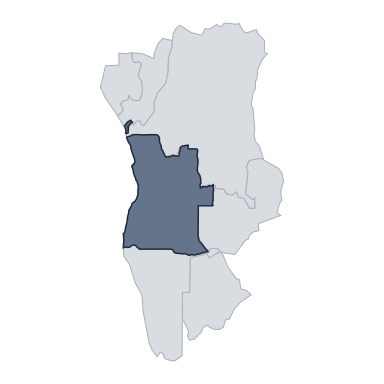 Angola highlighted, Equal Earth projection
{"feature_id": "AGO", "entity_name": "Angola", "entity_type": "country or territory", "adm_level": 0, "iso_a3": "AGO", "parent_name": "Africa", "parent_adm1": "", "projection": "equal_earth", "projection_center": [17.424, -11.224], "detail": "fine", "context": "with_neighbors", "style": "filled", "palette": "slate", "viewbox_px": 384, "rotation_deg": 0, "n_neighbors": 6, "source": "natural_earth", "source_scale": "50m", "svg_char_len": 7581}
<svg xmlns="http://www.w3.org/2000/svg" viewBox="0 0 384 384"><path d="M253.1,108.9L254.8,130.2L254.0,135.4L255.4,141.2L259.7,146.8L263.6,159.4L260.6,158.4L248.7,161.3L246.5,167.7L248.1,172.1L245.6,193.9L252.6,199.5L254.7,197.7L255.1,208.4L249.5,208.3L243.9,198.6L238.3,197.2L236.7,192.0L232.1,195.2L226.2,193.8L223.8,189.3L215.7,188.6L215.3,185.5L209.4,184.6L199.7,186.8L200.2,175.0L197.7,171.3L197.2,165.1L198.3,159.1L196.8,155.2L196.7,149.0L187.7,149.0L188.4,145.4L184.6,145.5L184.2,147.2L179.6,147.6L176.6,155.9L172.5,154.5L165.1,156.7L160.6,148.3L156.6,134.8L134.6,134.7L126.8,137.0L125.8,133.9L127.7,132.9L129.1,125.9L131.8,123.8L133.7,124.8L136.3,121.0L140.3,121.1L140.8,123.9L143.6,125.7L154.2,111.3L153.9,103.1L157.2,93.3L165.5,83.3L166.4,80.1L167.8,72.9L168.3,58.3L172.0,46.7L173.1,33.6L176.0,28.5L180.0,25.3L190.8,32.4L201.9,35.3L205.1,28.5L208.5,29.5L216.8,24.5L219.7,26.6L222.1,26.3L223.2,23.9L226.0,23.0L236.4,24.3L238.8,23.3L243.4,31.5L246.7,32.8L256.3,29.6L258.1,33.9L264.7,40.6L264.3,52.3L267.3,53.7L262.0,59.9L257.6,69.8L257.2,77.9L255.5,81.7L255.4,89.3L253.2,92.1L251.2,104.3L253.1,108.9Z" fill="#d9dde1" stroke="#a8b0b8" stroke-width="1"/><path d="M251.1,294.8L240.8,301.9L234.2,309.1L229.4,319.1L225.5,319.9L223.3,327.4L218.7,329.6L213.0,329.1L206.6,325.3L203.1,327.5L201.3,332.1L194.3,339.1L189.3,340.1L187.7,336.8L188.4,331.0L184.3,322.0L182.4,320.5L182.5,292.5L189.6,292.2L190.1,257.5L206.8,253.8L209.5,257.8L214.2,254.0L221.9,252.5L228.2,267.7L236.2,278.4L239.2,279.4L241.1,289.0L246.7,290.5L251.1,294.8Z" fill="#d9dde1" stroke="#a8b0b8" stroke-width="1"/><path d="M182.5,292.5L182.1,355.5L175.8,360.3L172.0,361.0L164.5,358.5L163.3,354.5L160.5,351.9L157.2,356.6L151.9,349.5L149.1,342.6L143.2,311.8L142.0,295.0L135.3,283.1L129.8,265.3L123.8,255.8L123.2,248.2L131.1,244.7L135.8,245.0L140.2,249.4L170.9,248.3L175.9,253.0L193.5,254.4L213.0,248.2L217.7,248.7L220.5,251.0L209.5,257.8L206.8,253.8L190.1,257.5L189.6,292.2L182.5,292.5Z" fill="#d9dde1" stroke="#a8b0b8" stroke-width="1"/><path d="M172.4,40.6L172.0,46.7L168.3,58.3L167.8,72.9L166.4,80.1L165.5,83.3L157.2,93.3L153.9,103.1L154.2,111.3L143.6,125.7L140.8,123.9L140.3,121.1L136.3,121.0L133.7,124.8L129.0,120.4L123.7,126.4L117.6,115.8L123.3,110.2L120.4,103.6L123.0,101.1L128.0,99.8L128.6,95.4L132.6,100.2L139.2,100.6L141.5,95.9L142.4,89.2L141.6,81.4L138.1,75.4L141.3,63.8L139.4,61.8L133.9,62.6L131.8,57.4L132.3,53.0L141.7,53.4L153.7,58.5L154.2,53.0L158.1,43.7L162.6,38.4L172.4,40.6Z" fill="#d9dde1" stroke="#a8b0b8" stroke-width="1"/><path d="M118.9,53.1L127.0,53.8L131.4,52.5L132.3,53.0L131.8,57.4L133.9,62.6L139.4,61.8L141.3,63.8L138.1,75.4L141.6,81.4L142.4,89.2L141.5,95.9L139.2,100.6L132.6,100.2L128.6,95.4L128.0,99.8L123.0,101.1L120.4,103.6L123.3,110.2L117.6,115.8L105.0,97.3L100.4,87.0L105.6,65.7L119.0,65.2L118.9,53.1Z" fill="#d9dde1" stroke="#a8b0b8" stroke-width="1"/><path d="M260.6,158.4L278.4,168.3L281.8,172.8L283.6,181.2L280.6,192.0L281.9,200.2L279.5,203.7L277.0,212.9L280.8,215.4L258.4,223.6L258.9,230.6L253.3,232.0L249.1,235.9L248.1,239.3L245.5,240.1L234.8,254.5L221.9,252.5L217.7,248.7L213.0,248.2L207.0,250.4L197.4,236.2L198.0,204.8L213.3,204.9L212.7,201.5L213.9,197.8L212.6,193.1L213.5,188.3L212.7,185.2L215.3,185.5L215.7,188.6L223.8,189.3L226.2,193.8L232.1,195.2L236.7,192.0L238.3,197.2L243.9,198.6L249.5,208.3L255.1,208.4L254.7,197.7L252.6,199.5L245.6,193.9L248.1,172.1L246.5,167.7L248.7,161.3L250.7,160.1L260.6,158.4Z" fill="#d9dde1" stroke="#a8b0b8" stroke-width="1"/><path d="M213.1,184.7L213.3,186.0L213.4,187.8L213.5,189.1L213.6,189.7L213.7,190.0L213.5,190.3L213.4,191.1L213.2,191.8L213.1,192.3L213.2,193.2L213.1,194.4L213.0,195.8L213.0,197.1L213.2,199.4L213.2,200.1L212.8,201.3L212.6,202.2L212.4,203.3L212.3,203.8L213.0,205.4L212.9,205.7L212.4,205.8L212.0,205.8L210.5,205.8L208.3,205.8L206.1,205.8L203.9,205.8L201.9,205.8L200.0,205.8L198.3,205.8L198.3,207.4L198.3,210.6L198.3,213.7L198.2,216.9L198.2,220.1L198.2,223.2L198.2,226.4L198.1,229.6L198.1,232.7L198.1,235.0L198.5,238.0L199.3,241.3L199.6,241.6L200.4,242.2L201.5,243.5L202.2,244.4L203.4,246.0L205.1,248.1L206.7,249.9L208.2,251.6L205.9,252.1L202.6,252.9L200.5,253.5L197.8,254.2L196.0,254.6L193.8,255.1L193.5,255.1L192.9,254.7L191.6,254.6L190.1,255.1L188.9,255.3L188.1,255.0L187.2,254.6L186.4,254.0L184.9,253.7L182.9,253.9L180.9,253.8L179.0,253.4L177.6,253.2L176.8,253.3L175.9,253.2L175.0,252.8L174.2,252.2L173.2,250.9L172.5,249.6L172.3,249.4L172.1,249.3L171.8,249.2L169.7,249.2L167.8,249.1L166.6,249.1L163.8,249.1L161.0,249.1L158.2,249.1L155.5,249.1L152.7,249.1L149.9,249.1L147.1,249.1L144.3,249.1L142.8,249.1L141.4,249.2L139.9,249.3L139.7,249.2L139.3,249.1L139.1,248.8L138.3,248.1L137.5,247.6L136.6,246.7L135.9,245.7L135.4,245.4L134.5,245.2L133.8,245.0L133.2,245.0L132.2,245.4L131.4,245.9L130.9,246.3L130.0,246.9L129.2,247.4L127.8,247.3L127.5,247.4L126.7,247.3L126.0,246.9L125.3,246.9L124.5,247.5L123.3,247.7L123.5,244.0L123.8,242.4L123.8,240.4L123.6,235.3L123.4,234.6L123.2,233.8L123.9,233.2L124.3,232.7L124.8,231.9L125.1,230.7L125.5,228.1L127.0,222.0L127.7,216.1L128.6,213.3L128.9,210.2L131.4,206.1L132.0,203.6L133.3,202.4L135.2,201.1L136.5,198.7L137.2,197.1L137.9,194.0L137.9,190.8L138.3,186.5L138.2,185.3L137.5,183.5L137.4,182.3L136.7,181.1L136.0,180.2L135.7,178.6L134.5,176.0L134.1,174.3L133.5,173.0L133.4,171.5L133.1,169.9L132.5,168.3L131.9,166.5L131.9,165.9L132.3,165.3L132.6,165.0L132.5,165.4L132.3,165.8L132.4,166.1L134.6,162.9L134.7,162.3L134.7,161.6L134.7,160.7L134.7,159.7L132.6,153.8L130.9,148.4L130.6,145.6L128.3,141.9L127.4,139.6L126.9,137.9L126.5,137.3L126.7,137.0L127.2,136.9L128.5,136.5L130.3,136.1L131.9,135.1L132.4,134.7L133.2,134.6L134.1,134.8L134.4,134.7L134.6,134.6L136.7,134.6L137.5,134.6L139.1,134.6L140.1,134.7L140.7,134.8L142.3,135.0L144.2,134.9L144.9,134.8L147.4,134.8L149.9,134.7L152.1,134.7L154.6,134.7L156.5,134.7L157.4,135.0L158.2,135.7L158.5,136.3L158.7,136.5L158.9,137.2L159.3,137.7L159.5,138.4L159.4,139.5L159.4,140.8L159.7,142.2L160.2,143.8L161.0,145.4L161.3,146.7L161.2,147.6L161.5,148.6L162.1,149.7L162.5,150.2L162.8,150.7L163.4,152.3L164.7,154.9L165.6,156.8L165.9,157.0L166.4,157.0L167.4,156.8L168.4,156.7L169.1,157.1L169.4,157.1L170.5,156.3L171.5,156.0L172.6,155.7L173.2,155.4L173.9,155.4L175.7,156.0L176.0,156.1L177.5,156.1L179.0,155.7L179.2,153.1L179.2,152.6L179.6,151.6L180.0,150.8L180.1,150.0L180.1,148.8L180.4,147.5L181.4,146.4L183.0,145.9L183.9,145.8L185.3,145.5L187.5,145.2L188.3,145.2L188.3,145.4L187.9,147.3L187.9,147.9L188.0,148.5L188.4,148.8L190.7,148.9L192.7,148.9L195.1,149.0L196.9,149.1L197.1,149.2L197.3,149.3L197.6,150.3L197.5,152.1L197.1,154.7L197.2,157.2L197.9,159.5L198.0,163.0L197.7,165.1L197.4,167.7L197.3,170.7L197.6,172.0L198.3,173.3L199.3,174.6L200.1,176.4L200.6,178.6L200.8,180.0L200.7,180.5L200.7,181.5L200.9,182.9L200.7,183.8L200.1,184.3L199.9,184.9L200.2,186.1L200.2,187.2L200.5,187.6L200.6,187.9L200.9,187.9L201.5,187.6L202.2,186.8L202.7,186.5L203.5,186.6L204.6,186.8L206.5,186.8L207.1,186.7L208.9,185.7L209.4,185.7L210.1,185.8L211.1,186.0L212.1,186.1L212.6,185.8L212.7,185.4L212.8,184.9L213.1,184.7ZM132.4,122.3L132.2,122.5L131.4,123.0L130.5,123.4L129.4,125.1L128.8,125.8L128.6,126.0L128.1,126.4L127.7,126.7L127.8,126.9L128.0,127.1L128.3,127.5L128.3,130.3L128.1,133.0L127.3,133.3L126.3,133.5L126.0,133.6L125.9,133.3L125.6,132.3L125.7,131.4L125.9,130.7L125.7,129.3L125.2,128.0L124.7,126.4L124.5,126.0L125.0,125.5L125.6,124.4L125.9,123.8L126.7,123.7L127.0,123.2L127.2,122.6L127.2,122.2L128.1,121.9L129.1,121.3L129.7,120.7L130.3,120.3L130.7,120.3L130.9,120.4L131.6,121.5L132.2,122.2L132.4,122.3Z" fill="#64748b" stroke="#1e293b" stroke-width="1.5"/></svg>